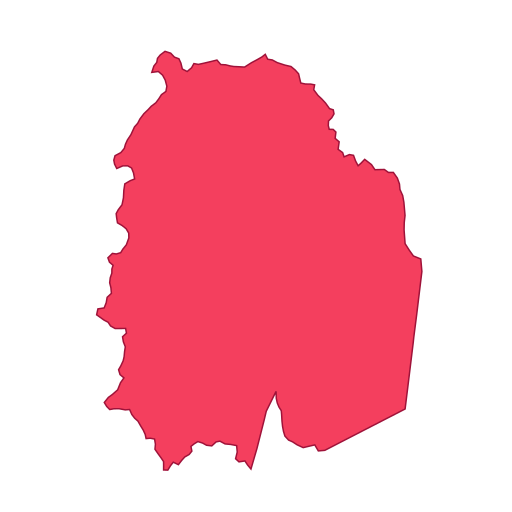 Rio Bananal, Espírito Santo, Brazil (Albers equal-area conic projection), rotated 355°
{"feature_id": "56859067B48678368880409", "entity_name": "Rio Bananal", "entity_type": "district", "adm_level": 2, "iso_a3": "BRA", "parent_name": "Brazil", "parent_adm1": "Espírito Santo", "projection": "albers", "projection_center": [-40.336, -19.221], "detail": "fine", "context": "isolated", "style": "filled", "palette": "rose", "viewbox_px": 512, "rotation_deg": 355, "n_neighbors": 0, "source": "geoboundaries", "source_scale": "gbopen_adm2", "svg_char_len": 3041}
<svg xmlns="http://www.w3.org/2000/svg" viewBox="0 0 512 512"><g transform="rotate(355 256 256)"><path d="M99.0,306.6L102.9,309.1L105.0,313.0L109.4,316.0L114.4,316.4L119.8,316.8L120.2,321.6L116.0,324.8L116.4,329.9L117.9,335.1L116.8,339.5L115.8,345.0L114.5,348.9L111.8,353.6L109.2,357.3L110.2,362.3L113.8,365.9L110.0,370.4L106.5,377.3L100.9,381.4L96.6,384.0L92.1,388.7L94.2,392.9L96.9,396.2L101.1,395.8L106.3,396.2L112.4,397.9L116.7,397.9L118.5,403.1L121.0,407.0L124.0,410.2L126.2,415.0L128.5,419.6L130.1,424.2L130.6,428.3L134.7,428.3L139.0,429.5L139.4,434.7L138.5,439.7L141.3,444.6L143.9,448.9L146.0,452.7L145.7,456.7L145.3,461.1L149.5,461.6L152.5,457.5L155.6,454.2L160.5,457.1L164.2,453.1L167.5,450.0L172.1,447.9L175.1,444.8L174.6,440.0L178.1,437.7L181.9,435.8L186.5,437.7L190.2,440.2L195.4,441.3L200.1,437.7L203.9,437.3L208.8,440.5L214.3,441.5L220.2,443.2L220.2,449.7L218.0,456.2L221.1,459.6L227.1,459.2L229.3,463.3L232.4,467.8L240.1,448.0L249.8,420.2L252.7,411.5L264.2,392.6L263.8,399.6L264.4,404.3L265.7,408.4L267.7,412.3L267.7,416.4L267.5,422.8L267.6,428.0L268.1,433.1L269.1,437.9L272.4,442.2L276.2,444.3L280.4,447.6L286.3,451.0L292.4,450.1L298.1,449.3L301.1,455.6L307.6,455.6L325.9,448.1L347.4,439.3L391.2,421.4L394.3,406.8L395.5,401.2L405.2,355.4L406.1,350.7L410.7,329.6L419.9,285.9L419.9,273.3L412.8,269.7L409.2,263.6L405.6,256.7L405.7,249.5L405.8,242.8L406.6,235.6L408.0,228.6L408.0,222.7L408.0,215.4L407.4,208.6L405.2,202.3L405.2,196.8L403.6,190.7L400.1,184.7L395.2,184.3L391.4,181.0L386.9,180.7L382.0,180.4L379.0,175.0L372.7,169.2L368.8,172.6L365.6,175.0L363.5,170.1L361.9,164.2L357.9,163.1L352.4,164.9L351.3,160.5L347.1,156.9L348.8,149.5L345.1,145.7L346.4,139.5L343.9,136.6L340.0,136.2L339.4,132.4L340.0,127.8L343.5,124.9L346.1,121.2L345.7,117.1L342.1,115.6L338.6,109.7L335.2,105.3L331.7,101.4L328.0,95.4L329.3,90.6L325.4,89.5L320.3,89.0L315.7,87.6L314.9,82.5L314.3,78.2L311.2,74.1L307.4,70.3L301.3,68.3L294.0,65.2L289.3,62.1L284.8,61.0L282.8,55.9L279.3,58.2L274.3,60.5L268.2,63.1L261.1,66.8L254.9,65.9L250.4,65.3L246.8,64.4L242.5,62.9L237.6,62.2L234.2,57.4L227.7,58.4L220.8,59.4L215.3,60.1L210.9,58.9L208.2,62.9L203.5,66.2L198.9,63.3L198.0,57.3L196.4,52.8L192.1,50.8L188.7,46.5L183.2,44.2L178.1,47.4L175.1,50.5L174.0,54.5L170.8,57.9L168.2,64.0L174.8,63.7L178.7,67.7L180.9,72.8L182.0,79.1L180.6,84.2L175.9,87.0L172.9,90.9L169.6,94.6L164.7,97.7L161.3,100.8L156.8,104.4L152.3,109.4L149.7,113.5L146.2,116.8L142.0,124.2L138.0,129.2L135.7,133.3L134.2,137.3L130.4,141.2L124.3,143.8L122.7,148.1L123.1,152.1L124.9,156.7L131.2,154.6L136.1,155.0L139.7,157.5L141.2,162.5L141.8,168.7L137.3,170.0L131.6,172.7L130.1,178.9L129.0,186.6L127.0,193.3L122.9,197.8L120.4,201.6L120.5,205.7L120.9,210.9L125.2,213.9L129.0,217.5L131.2,222.1L130.9,226.9L127.8,233.6L124.0,237.5L121.5,240.9L117.0,241.8L113.2,240.9L108.3,244.9L109.5,249.4L112.8,252.8L111.3,256.4L110.9,260.5L108.9,265.0L107.9,269.9L108.7,275.0L108.7,280.6L104.1,284.2L102.7,289.5L100.2,294.5L93.9,294.9L92.1,300.7L99.0,306.6Z" fill="#f43f5e" stroke="#9f1239" stroke-width="1.5"/></g></svg>